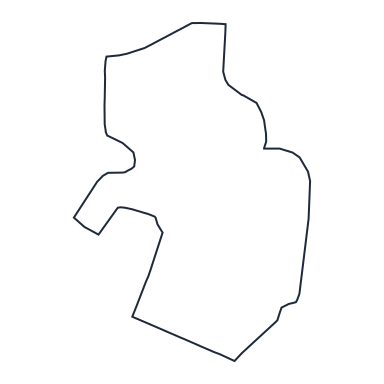 Sa'dah, Sa`dah, Yemen
{"feature_id": "15242507B19986135931158", "entity_name": "Sa'dah", "entity_type": "district", "adm_level": 2, "iso_a3": "YEM", "parent_name": "Yemen", "parent_adm1": "Sa`dah", "projection": "mercator", "projection_center": [43.754, 16.929], "detail": "fine", "context": "isolated", "style": "outline", "palette": "slate", "viewbox_px": 384, "rotation_deg": 0, "n_neighbors": 0, "source": "geoboundaries", "source_scale": "gbopen_adm2", "svg_char_len": 1429}
<svg xmlns="http://www.w3.org/2000/svg" viewBox="0 0 384 384"><path d="M105.8,60.0L105.6,60.7L104.8,70.6L105.1,77.7L105.0,82.9L104.7,99.4L104.5,105.1L104.7,124.3L105.8,131.4L105.7,131.8L107.2,135.5L122.6,143.0L133.4,152.4L135.0,160.1L134.2,166.4L131.7,168.6L127.6,170.7L125.1,172.2L122.7,172.6L109.1,172.8L108.1,172.8L102.9,175.8L97.2,181.7L73.9,217.6L84.5,227.0L98.5,234.6L117.8,207.7L120.8,207.3L124.8,207.7L131.9,209.2L137.6,210.9L148.7,214.2L153.2,216.0L154.7,216.6L155.7,217.9L156.0,219.1L156.7,221.6L157.5,224.3L159.8,228.1L162.6,232.6L150.3,270.6L149.4,273.1L148.5,275.9L146.1,281.3L144.2,286.2L136.4,306.4L132.3,316.7L134.3,317.6L151.8,325.1L155.3,326.6L168.1,332.2L179.7,337.2L184.3,339.1L200.7,346.3L214.6,352.3L219.6,354.1L233.2,360.4L234.5,361.0L242.1,352.9L244.4,350.8L254.8,341.2L263.5,333.2L271.9,325.5L275.5,322.2L276.6,321.1L277.3,320.5L280.0,312.0L281.2,308.6L281.5,307.6L288.9,303.9L292.9,303.0L295.9,302.2L297.2,299.9L299.4,293.9L308.6,218.9L310.1,181.1L308.0,171.6L299.6,157.4L292.5,152.5L279.6,148.6L264.1,148.6L264.1,148.0L266.2,141.6L266.0,133.7L264.8,125.6L264.1,120.4L262.1,114.6L261.3,112.2L258.9,107.5L257.8,105.4L256.6,103.0L243.2,95.3L241.8,95.0L233.5,88.7L228.4,84.9L225.4,79.9L223.2,71.8L223.4,67.8L223.5,65.9L225.4,31.5L225.6,24.2L223.1,24.0L220.4,23.8L210.9,23.4L201.0,23.0L191.8,23.1L144.9,47.9L126.7,53.8L118.9,55.4L106.5,56.6L105.8,60.0Z" fill="none" stroke="#1e293b" stroke-width="2"/></svg>